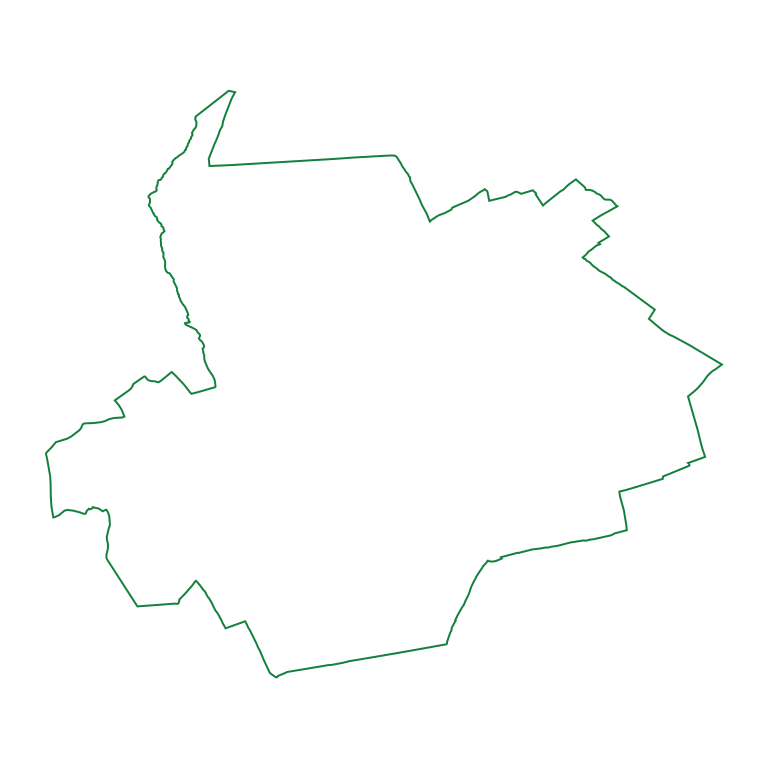 the district of Aroneanu, Iasi, Romania
{"feature_id": "2599482B41407607343101", "entity_name": "Aroneanu", "entity_type": "district", "adm_level": 2, "iso_a3": "ROU", "parent_name": "Romania", "parent_adm1": "Iasi", "projection": "equal_earth", "projection_center": [27.602, 47.231], "detail": "fine", "context": "isolated", "style": "outline", "palette": "green", "viewbox_px": 768, "rotation_deg": 0, "n_neighbors": 0, "source": "geoboundaries", "source_scale": "gbopen_adm2", "svg_char_len": 6073}
<svg xmlns="http://www.w3.org/2000/svg" viewBox="0 0 768 768"><path d="M412.2,184.2L410.9,182.1L410.2,180.3L410.1,178.0L410.2,177.5L408.7,176.0L408.2,174.4L405.9,171.7L403.7,168.2L402.7,167.1L400.9,163.5L396.5,156.6L394.4,155.6L393.6,155.5L387.9,155.6L354.2,157.5L334.6,158.9L229.0,165.2L209.4,166.0L209.0,160.3L208.7,158.9L214.0,145.3L217.4,137.5L220.1,129.9L222.2,126.4L223.2,121.1L225.6,114.1L230.8,100.7L232.1,97.7L235.1,92.2L228.7,90.8L195.6,116.6L195.7,117.6L195.2,118.4L195.3,119.7L196.5,122.0L196.4,124.6L196.1,126.6L195.1,128.3L193.7,129.7L192.0,132.9L192.0,133.4L192.5,134.4L192.3,135.5L191.3,136.7L191.0,138.4L189.3,140.7L189.1,142.2L188.0,143.7L187.5,146.2L186.8,146.8L186.2,147.7L186.0,149.5L185.0,150.1L184.4,151.7L183.7,152.4L181.0,154.5L179.3,155.4L177.4,157.1L175.6,158.1L173.7,159.9L172.1,162.1L172.5,163.6L172.4,164.0L168.8,168.7L167.8,168.9L167.6,169.2L167.1,170.5L165.9,172.5L163.8,174.2L163.4,174.8L162.9,176.8L161.8,177.7L161.2,179.2L160.8,179.7L159.1,180.0L158.2,180.7L157.8,181.7L157.6,184.0L156.9,186.3L156.4,187.1L156.3,188.5L156.7,189.7L156.6,190.6L154.9,191.8L153.9,192.1L150.9,193.7L148.6,196.0L148.6,197.3L149.8,198.5L150.0,199.9L150.1,201.4L149.7,203.2L148.8,204.8L149.2,206.0L150.7,207.7L153.1,212.9L153.5,213.1L153.8,213.6L153.7,214.0L154.3,214.8L154.5,215.5L155.1,216.2L156.3,216.8L157.2,218.4L157.0,219.6L159.0,222.4L160.4,223.1L161.4,224.5L161.6,226.3L162.9,227.0L163.3,227.8L163.9,230.1L164.5,231.0L163.8,232.0L162.0,233.2L161.4,234.1L160.3,236.8L160.9,239.2L160.8,240.4L161.1,245.7L161.4,246.8L162.2,248.1L162.1,250.5L163.5,252.8L163.3,253.7L163.5,254.9L163.3,257.3L164.1,258.5L165.1,261.4L165.2,264.1L165.0,266.7L165.5,269.6L166.4,271.4L167.1,272.2L168.3,273.0L169.7,273.3L172.8,278.1L173.6,278.8L173.8,279.3L173.6,281.5L175.6,285.2L176.0,286.3L177.0,288.2L176.9,289.2L177.3,291.4L177.9,293.2L177.9,293.9L178.8,294.5L179.0,297.0L180.0,298.4L180.7,301.0L183.3,305.0L183.9,305.4L185.4,307.5L186.1,309.6L186.8,310.4L186.8,310.9L188.1,314.0L188.3,315.0L187.3,315.8L187.1,317.6L188.2,318.6L188.7,319.7L188.9,320.4L188.6,321.0L189.8,322.0L189.6,322.3L185.0,323.2L185.4,324.4L186.5,325.1L192.7,327.9L196.4,330.0L197.7,332.4L199.8,334.6L200.1,335.5L199.9,336.4L199.0,338.1L199.5,339.6L201.6,341.3L202.4,342.3L204.2,345.8L203.8,347.6L202.8,348.2L202.7,349.4L203.1,350.5L203.3,352.7L204.3,355.5L204.2,358.0L204.6,360.4L205.3,362.5L208.0,368.7L211.6,374.3L212.6,375.4L214.5,379.6L215.1,382.5L215.5,386.1L215.3,387.0L214.4,387.4L198.1,392.1L191.5,393.8L190.4,392.8L184.2,384.8L175.8,375.9L171.7,372.0L160.9,380.8L158.7,382.2L158.0,382.3L157.2,381.9L154.1,381.2L151.7,381.2L148.8,380.4L147.0,379.1L145.4,376.9L145.0,376.5L144.0,376.6L133.5,383.9L131.6,387.7L130.6,388.9L128.7,390.5L114.8,400.4L118.6,404.9L121.7,409.8L124.4,416.6L122.3,417.5L115.3,417.9L112.7,418.3L109.3,419.1L105.0,421.1L100.7,422.2L93.0,423.1L86.0,423.3L83.4,423.7L82.2,425.4L81.0,428.2L79.5,430.1L71.4,436.4L67.4,438.6L55.8,442.2L52.5,446.3L46.1,453.0L46.1,454.6L47.0,458.2L50.2,476.3L50.6,484.1L50.8,496.5L51.4,506.1L53.3,517.4L54.3,517.3L59.0,515.2L64.3,510.8L66.1,510.2L68.2,510.0L73.4,510.7L80.4,512.5L82.5,513.4L84.3,513.9L85.7,513.6L86.2,512.2L86.9,510.8L87.8,509.7L88.6,509.3L88.9,508.8L90.0,509.3L91.3,508.8L92.5,508.1L92.8,507.1L96.1,508.0L98.5,508.4L102.7,511.3L105.5,509.9L106.4,509.8L107.8,512.0L109.2,515.7L109.9,523.8L109.7,526.3L109.1,527.3L108.3,530.3L106.8,536.9L106.9,539.5L108.2,545.1L107.9,545.8L108.0,547.0L107.8,549.0L106.5,554.5L106.4,557.4L106.6,558.6L137.4,606.4L175.2,603.6L177.7,603.9L178.8,602.6L179.3,600.9L179.4,599.3L179.9,599.0L185.7,593.0L191.9,585.9L195.7,580.8L196.4,581.2L200.0,585.3L203.5,590.2L204.7,591.1L205.1,591.8L207.7,596.8L208.8,597.9L211.8,602.9L213.1,605.9L215.5,610.6L217.1,612.6L219.4,616.3L219.9,617.6L221.4,620.1L222.4,622.6L225.6,628.3L245.1,621.3L246.9,624.5L248.2,627.6L249.9,630.2L256.6,643.8L257.7,646.6L260.1,651.2L263.7,659.8L269.6,672.4L270.9,673.8L275.7,677.2L277.3,677.2L277.7,676.1L286.0,672.6L286.9,672.0L328.4,665.1L331.1,665.0L342.8,662.8L349.2,661.2L398.7,652.8L446.4,644.3L446.7,644.1L446.9,643.7L447.1,641.8L450.0,633.3L451.6,630.0L451.5,629.0L451.8,627.8L453.4,624.6L455.7,620.6L455.2,620.1L456.7,617.3L457.5,615.4L462.0,607.5L464.1,604.3L465.1,601.6L468.8,594.1L471.2,586.9L473.1,583.0L477.1,575.4L483.5,565.8L486.3,562.8L487.5,560.9L487.9,560.6L488.8,561.1L491.2,561.6L494.7,561.3L496.4,560.8L501.7,558.6L500.9,557.2L517.2,552.9L518.6,552.9L532.5,549.4L540.3,548.5L545.6,547.5L547.8,547.6L552.0,546.6L557.7,545.8L570.3,542.5L583.8,540.4L585.9,540.7L589.9,539.7L593.6,539.2L610.3,535.5L612.4,534.7L614.6,533.4L626.8,530.2L626.2,524.4L623.9,510.5L619.9,495.9L619.4,491.6L626.7,489.8L639.4,486.0L662.8,478.8L663.0,476.5L689.3,465.7L689.4,464.8L689.0,463.8L688.1,463.0L705.1,456.9L703.4,451.7L703.0,450.8L701.2,444.5L697.6,429.7L688.0,396.4L693.8,391.7L697.6,388.3L703.1,382.0L707.4,375.9L710.2,373.1L712.8,370.8L715.2,369.5L721.9,364.5L689.4,345.1L672.9,336.2L670.2,335.1L664.4,331.6L661.6,329.5L648.9,318.9L654.8,309.7L623.7,286.7L622.5,286.3L620.1,284.5L615.4,281.6L614.1,280.5L612.6,279.8L611.1,277.8L609.0,276.6L605.2,273.8L600.1,271.2L598.2,270.0L597.3,268.9L593.0,265.9L589.8,262.4L586.9,260.8L585.0,258.8L584.2,258.8L582.7,257.4L585.7,255.0L588.9,251.2L591.0,250.0L596.7,245.4L600.0,244.2L598.4,242.8L609.0,236.5L604.6,231.6L601.3,228.9L598.9,226.3L596.8,224.8L592.7,220.6L600.1,215.9L617.4,206.3L615.7,204.9L612.0,200.7L610.0,199.7L605.8,199.7L604.5,199.2L602.6,197.7L602.3,197.1L600.6,195.3L598.9,194.3L596.6,193.4L594.7,191.8L592.3,190.6L589.0,189.8L586.1,190.0L585.6,189.5L585.2,187.9L584.2,186.7L575.9,179.4L569.7,183.8L566.7,186.3L563.5,189.6L560.5,191.3L546.5,202.4L543.0,205.5L536.8,196.2L535.7,194.2L536.0,193.9L536.1,193.4L532.8,190.3L521.2,193.8L517.3,191.9L515.2,191.9L510.8,194.4L507.9,195.5L505.7,196.8L489.2,200.8L487.5,192.0L486.8,190.8L484.6,189.2L483.5,190.1L479.1,192.6L474.9,196.2L468.4,200.7L452.6,207.5L452.1,207.9L451.4,209.6L444.0,213.4L438.5,215.4L431.4,220.0L429.9,221.6L426.6,213.5L421.9,204.9L419.3,198.8L412.2,184.2Z" fill="none" stroke="#15803d" stroke-width="2"/></svg>